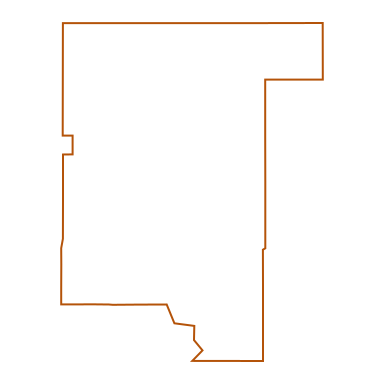 Rogers, Oklahoma, United States of America
{"feature_id": "52423323B91280713828925", "entity_name": "Rogers", "entity_type": "district", "adm_level": 2, "iso_a3": "USA", "parent_name": "United States of America", "parent_adm1": "Oklahoma", "projection": "robinson", "projection_center": [-95.645, 36.336], "detail": "fine", "context": "isolated", "style": "outline", "palette": "amber", "viewbox_px": 384, "rotation_deg": 0, "n_neighbors": 0, "source": "geoboundaries", "source_scale": "gbopen_adm2", "svg_char_len": 547}
<svg xmlns="http://www.w3.org/2000/svg" viewBox="0 0 384 384"><path d="M64.5,23.1L62.9,23.1L62.7,135.6L72.6,135.6L72.6,154.4L63.0,154.5L63.0,182.6L63.0,201.3L62.9,238.8L61.2,248.2L61.3,264.4L61.2,288.2L61.2,304.4L72.5,304.4L80.4,304.4L90.1,304.3L109.0,304.5L112.7,304.8L137.9,304.6L166.7,304.5L174.4,323.3L194.3,325.9L194.0,340.1L202.5,350.4L192.3,360.9L263.0,361.0L263.0,285.8L262.9,249.7L265.3,248.3L265.3,185.5L265.3,181.9L265.2,135.9L265.2,79.6L322.8,79.6L322.7,23.0L267.3,23.1L64.5,23.1Z" fill="none" stroke="#b45309" stroke-width="2"/></svg>